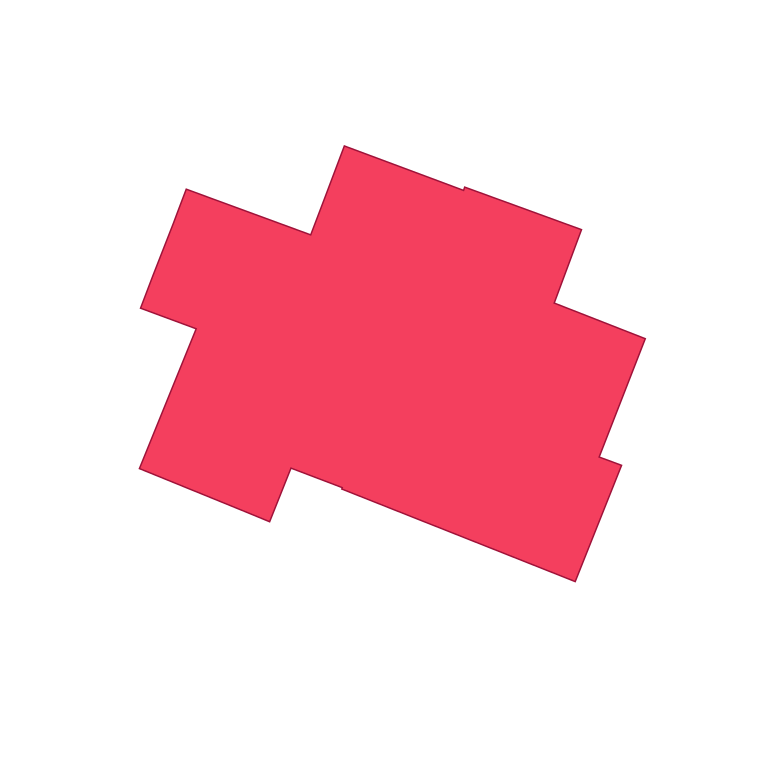 General Viamonte, Buenos Aires, Argentina, rotated 247°
{"feature_id": "61730980B83170090610127", "entity_name": "General Viamonte", "entity_type": "district", "adm_level": 2, "iso_a3": "ARG", "parent_name": "Argentina", "parent_adm1": "Buenos Aires", "projection": "albers", "projection_center": [-60.986, -34.978], "detail": "fine", "context": "isolated", "style": "filled", "palette": "rose", "viewbox_px": 768, "rotation_deg": 247, "n_neighbors": 0, "source": "geoboundaries", "source_scale": "gbopen_adm2", "svg_char_len": 471}
<svg xmlns="http://www.w3.org/2000/svg" viewBox="0 0 768 768"><g transform="rotate(247 384 384)"><path d="M533.7,535.2L531.1,532.9L618.6,440.5L579.4,403.1L549.9,374.8L621.8,298.1L640.6,278.1L621.8,260.1L614.4,253.1L573.7,213.3L548.9,189.5L508.2,232.7L401.7,125.8L324.7,202.4L301.9,224.9L342.9,265.5L304.9,305.1L303.8,304.1L127.4,482.8L216.3,570.9L232.7,553.5L323.6,642.2L392.0,572.3L448.9,626.1L533.7,535.2Z" fill="#f43f5e" stroke="#9f1239" stroke-width="1.5"/></g></svg>